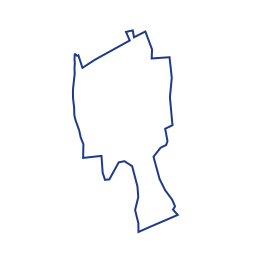 Bland, Virginia, United States of America, rotated 285°
{"feature_id": "52423323B69733350271786", "entity_name": "Bland", "entity_type": "district", "adm_level": 2, "iso_a3": "USA", "parent_name": "United States of America", "parent_adm1": "Virginia", "projection": "albers", "projection_center": [-81.149, 37.127], "detail": "fine", "context": "isolated", "style": "outline", "palette": "blue", "viewbox_px": 256, "rotation_deg": 285, "n_neighbors": 0, "source": "geoboundaries", "source_scale": "gbopen_adm2", "svg_char_len": 842}
<svg xmlns="http://www.w3.org/2000/svg" viewBox="0 0 256 256"><g transform="rotate(285 128 128)"><path d="M56.9,198.5L60.8,192.6L64.5,193.7L70.1,189.3L77.5,180.0L86.9,171.7L106.8,160.1L117.3,164.5L121.5,169.3L125.6,169.5L136.9,164.1L142.3,170.3L144.7,169.3L168.6,160.5L187.8,157.3L207.1,149.8L201.3,132.9L210.1,130.9L225.7,119.8L217.2,110.3L223.5,107.3L220.3,101.2L213.0,107.0L185.5,78.5L174.3,68.4L185.3,61.3L184.9,61.0L184.6,60.0L185.6,58.2L185.4,57.5L180.2,58.6L178.7,59.3L176.2,60.0L171.9,60.8L167.0,62.4L152.0,64.7L148.5,65.5L142.8,67.1L133.2,70.9L127.9,72.4L125.3,73.4L121.8,75.4L113.2,81.4L106.7,84.7L100.8,89.1L87.5,92.4L94.2,109.6L78.2,115.1L72.0,119.2L73.5,123.3L92.4,127.9L95.0,133.1L92.2,141.9L74.1,152.2L63.9,155.8L50.6,156.1L38.6,162.7L30.3,165.0L38.5,175.2L56.9,198.5Z" fill="none" stroke="#1e3a8a" stroke-width="2"/></g></svg>